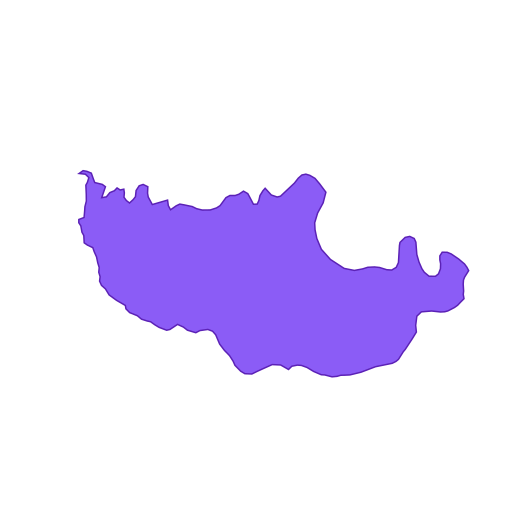 Sertaneja, Paraná, Brazil (Mercator projection), rotated 128°
{"feature_id": "56859067B46291903675", "entity_name": "Sertaneja", "entity_type": "district", "adm_level": 2, "iso_a3": "BRA", "parent_name": "Brazil", "parent_adm1": "Paraná", "projection": "mercator", "projection_center": [-50.886, -22.951], "detail": "fine", "context": "isolated", "style": "filled", "palette": "violet", "viewbox_px": 512, "rotation_deg": 128, "n_neighbors": 0, "source": "geoboundaries", "source_scale": "gbopen_adm2", "svg_char_len": 2579}
<svg xmlns="http://www.w3.org/2000/svg" viewBox="0 0 512 512"><g transform="rotate(128 256 256)"><path d="M325.4,160.5L320.8,159.9L316.5,156.2L314.3,152.9L312.4,147.1L311.5,139.5L309.4,131.5L307.4,128.6L304.4,121.7L300.9,118.0L297.8,115.8L295.5,113.0L291.9,108.8L282.9,101.7L269.7,93.7L256.7,82.6L252.9,80.8L249.7,80.1L240.8,81.0L237.7,80.9L225.2,81.9L217.2,82.8L212.3,87.5L204.4,92.2L198.2,91.3L191.2,83.7L186.5,76.1L183.7,72.9L181.2,71.0L174.4,67.9L170.7,66.8L166.5,66.4L161.6,65.8L158.7,69.0L155.8,70.8L150.6,75.4L147.2,77.7L144.3,78.6L136.6,79.4L135.0,82.9L133.9,86.8L133.6,94.5L134.2,103.5L135.4,107.7L138.4,111.6L142.7,111.2L145.9,108.7L148.5,105.7L152.5,102.8L157.7,101.2L161.5,102.1L165.4,107.2L165.2,113.4L163.9,117.4L160.5,123.7L155.8,130.2L146.7,138.5L144.8,142.1L145.9,146.9L149.5,149.9L156.6,150.9L159.3,149.5L173.5,139.7L178.6,138.5L183.5,140.4L186.3,144.5L189.0,151.6L191.7,155.9L196.1,161.0L200.6,164.1L206.8,169.6L211.5,178.9L212.9,195.2L210.5,208.6L204.8,218.8L199.0,225.6L193.7,230.2L184.2,233.9L172.8,235.8L162.7,240.2L160.0,250.1L158.5,257.3L159.3,263.2L160.8,267.1L163.9,269.7L168.6,270.6L174.9,270.6L193.8,273.5L196.5,275.7L198.5,281.5L197.0,290.5L200.3,290.7L205.9,290.1L210.5,287.9L214.4,287.0L216.8,289.9L213.4,297.4L211.9,300.9L212.6,305.8L217.8,307.5L221.2,309.7L224.4,313.8L228.5,315.6L238.4,315.3L242.4,316.7L247.9,320.4L252.9,326.7L255.3,332.0L256.3,336.7L259.9,344.0L262.0,348.0L265.6,349.8L272.2,351.8L270.3,356.1L266.4,360.1L279.3,369.4L275.9,377.2L273.3,380.1L268.0,383.9L269.1,389.0L272.6,391.3L278.2,390.8L283.5,387.5L287.1,387.5L292.1,388.3L292.1,392.3L291.0,396.2L287.3,398.6L284.7,401.3L287.6,403.7L287.9,407.4L291.8,407.8L296.0,410.2L301.5,410.3L305.0,413.5L294.1,417.3L294.2,421.2L297.4,428.3L295.6,431.3L292.1,436.8L293.4,441.4L295.2,444.8L299.9,446.2L296.6,440.8L297.1,436.0L301.8,434.2L304.9,433.7L311.7,427.9L317.2,423.5L322.4,421.2L326.4,418.5L331.5,415.2L336.3,418.1L338.9,416.1L340.1,412.6L344.4,407.8L345.9,404.3L351.4,399.5L351.2,395.6L349.9,389.7L352.2,386.2L354.9,381.1L358.8,376.5L361.6,372.5L365.6,369.9L368.3,366.1L372.1,363.8L374.3,359.6L374.6,354.4L377.1,347.8L376.8,338.7L375.4,328.5L377.7,326.0L378.4,320.7L376.1,312.7L376.3,307.4L374.2,301.7L372.7,298.6L372.5,293.4L371.9,288.4L369.5,280.7L366.9,278.6L358.2,275.7L356.7,269.4L356.7,264.4L353.5,256.2L349.3,254.3L343.5,248.7L342.0,243.9L342.9,239.2L347.8,230.4L349.8,222.8L350.8,215.5L353.0,209.2L355.1,205.3L356.2,197.1L355.6,192.3L351.5,186.6L346.3,184.1L340.3,181.0L331.6,176.4L326.7,169.5L325.4,160.5Z" fill="#8b5cf6" stroke="#5b21b6" stroke-width="1.5"/></g></svg>